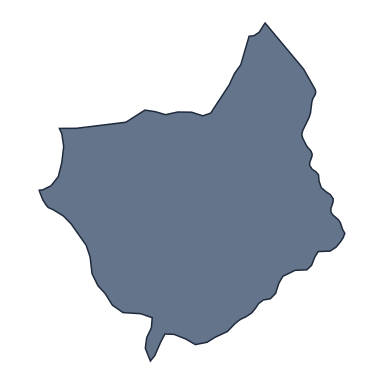 SVG path tracing the border of Séno
{"feature_id": "BFA-2876", "entity_name": "Séno", "entity_type": "Province", "adm_level": 1, "iso_a3": "BFA", "parent_name": "Burkina Faso", "parent_adm1": "", "projection": "equal_earth", "projection_center": [0.057, 13.966], "detail": "fine", "context": "isolated", "style": "filled", "palette": "slate", "viewbox_px": 384, "rotation_deg": 0, "n_neighbors": 0, "source": "natural_earth", "source_scale": "10m", "svg_char_len": 1454}
<svg xmlns="http://www.w3.org/2000/svg" viewBox="0 0 384 384"><path d="M265.1,23.0L303.6,69.1L315.0,89.2L315.7,91.2L315.4,94.2L312.9,98.5L311.9,101.8L310.5,112.9L309.2,117.2L302.9,130.2L301.7,134.4L302.9,138.6L306.3,145.3L307.9,147.7L309.6,149.4L311.1,151.3L312.2,154.3L311.9,156.7L309.7,162.5L309.7,165.6L312.2,169.3L315.7,171.6L318.5,174.7L319.1,181.1L321.2,187.5L325.6,191.4L330.3,194.6L333.2,198.8L333.1,202.0L330.9,208.4L331.0,212.2L332.7,214.8L338.3,219.7L340.4,222.8L342.6,229.4L344.8,233.3L344.7,233.5L343.2,237.7L340.8,241.4L336.3,247.0L330.1,251.1L318.1,251.6L314.7,257.3L311.6,265.3L306.9,269.8L294.9,270.4L282.9,276.3L279.0,283.0L277.2,288.2L275.7,293.3L270.3,298.8L263.3,300.0L258.6,303.6L255.4,308.4L251.5,313.1L245.6,317.0L242.2,318.5L239.5,320.0L235.0,323.6L227.4,331.5L214.7,337.5L207.0,342.3L195.4,344.6L185.7,339.0L174.2,334.4L164.9,334.0L160.5,342.5L154.9,355.4L150.4,361.0L145.3,348.3L146.7,337.6L151.4,327.8L152.2,317.7L140.6,313.7L123.0,312.6L112.4,305.2L105.2,293.6L97.9,285.7L92.0,273.5L90.1,257.0L86.2,245.3L70.9,223.6L63.4,216.0L53.0,209.6L48.2,207.5L46.3,205.3L42.8,199.8L40.2,193.3L39.2,190.2L42.6,189.9L51.0,185.8L58.3,176.6L61.8,162.5L63.7,146.5L61.8,133.8L59.4,128.4L76.3,128.3L125.9,122.2L144.9,110.1L155.4,111.7L165.5,114.7L177.7,112.0L191.5,112.2L202.9,115.8L210.7,113.1L229.2,84.9L234.6,73.3L240.8,64.7L249.1,36.2L253.7,35.8L259.1,32.3L265.0,23.1L265.1,23.0Z" fill="#64748b" stroke="#1e293b" stroke-width="1.5"/></svg>